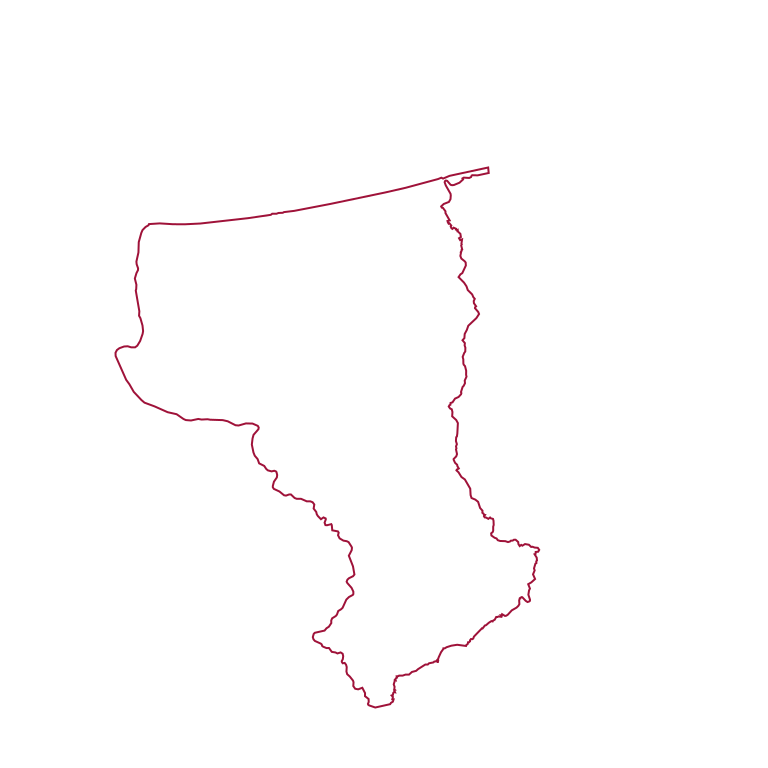 outline of Kulon Progo, Yogyakarta, Indonesia, rotated 145°
{"feature_id": "22746128B43033686501526", "entity_name": "Kulon Progo", "entity_type": "district", "adm_level": 2, "iso_a3": "IDN", "parent_name": "Indonesia", "parent_adm1": "Yogyakarta", "projection": "orthographic", "projection_center": [110.154, -7.813], "detail": "fine", "context": "isolated", "style": "outline", "palette": "rose", "viewbox_px": 768, "rotation_deg": 145, "n_neighbors": 0, "source": "geoboundaries", "source_scale": "gbopen_adm2", "svg_char_len": 6166}
<svg xmlns="http://www.w3.org/2000/svg" viewBox="0 0 768 768"><g transform="rotate(145 384 384)"><path d="M531.8,390.6L529.1,385.6L529.2,382.0L528.7,379.9L526.2,376.9L523.7,375.9L522.7,374.5L522.6,373.5L523.7,370.7L525.4,368.9L530.2,367.1L533.6,364.2L534.3,363.2L534.4,361.3L531.3,355.9L529.7,350.2L528.3,348.8L525.0,347.9L523.6,346.9L522.6,341.9L521.4,340.1L517.8,337.5L514.5,332.1L511.7,330.2L510.3,328.1L510.2,325.3L513.1,322.3L512.9,318.1L513.8,315.8L513.9,313.8L513.2,309.4L510.1,309.4L508.9,307.3L509.3,306.5L512.2,304.5L512.9,302.0L511.7,301.0L507.6,299.5L507.7,298.4L510.3,293.8L506.3,289.7L506.4,288.2L508.4,286.5L508.9,283.0L507.1,279.0L504.7,276.6L503.7,274.8L503.9,269.4L504.2,268.2L505.8,266.4L511.3,263.5L514.0,252.4L517.5,244.9L519.6,244.3L524.1,245.0L526.2,244.7L528.0,243.5L528.2,242.1L527.5,235.6L528.2,231.5L529.6,229.5L530.5,229.1L534.9,229.6L538.5,229.0L546.3,224.4L548.3,224.1L551.7,224.3L554.8,222.1L556.6,221.6L560.9,221.8L562.9,220.5L564.3,218.4L568.4,216.8L571.2,216.9L574.1,216.1L583.4,219.9L584.9,219.6L587.5,217.5L588.2,215.3L588.0,213.2L584.7,207.6L584.4,206.4L584.9,204.9L584.5,203.7L582.6,200.7L580.5,199.3L580.4,194.5L577.7,191.9L576.7,190.0L573.5,189.0L572.6,186.8L573.5,184.5L575.6,182.2L577.6,181.2L578.0,180.3L578.0,178.9L576.2,178.1L576.1,175.8L576.9,173.5L579.7,170.0L580.6,167.4L579.8,164.0L579.5,158.8L580.0,157.2L582.4,154.2L582.4,150.9L580.3,148.7L576.0,147.6L576.8,141.7L578.6,139.2L577.3,134.8L578.9,132.3L580.6,131.2L580.9,130.4L580.5,129.2L576.7,124.0L562.6,118.2L561.2,118.8L558.9,118.7L557.0,120.2L558.0,121.0L556.2,122.5L556.4,124.5L555.0,124.2L553.7,125.6L552.6,125.9L551.8,125.1L551.3,127.3L550.5,127.1L550.7,128.0L549.0,129.9L548.3,132.4L545.5,134.6L545.1,135.4L544.7,135.5L544.3,134.8L544.0,135.6L543.1,136.1L541.8,136.0L541.3,137.3L539.6,136.4L538.9,136.5L535.9,134.4L533.0,133.6L530.2,131.6L526.3,132.1L522.2,130.6L519.6,130.9L511.0,130.5L509.0,129.1L507.3,129.4L503.2,127.6L502.1,127.8L500.4,127.0L498.8,127.4L499.9,124.8L498.1,126.5L497.7,127.5L495.9,128.8L491.1,131.6L487.4,132.9L487.0,133.4L485.8,132.6L483.7,132.5L478.9,131.0L473.6,128.4L467.1,122.4L466.6,122.9L464.6,123.0L463.3,124.2L462.7,123.7L461.1,123.9L460.6,124.7L459.0,125.2L458.0,124.3L456.9,124.3L455.2,125.5L443.8,127.7L443.5,127.2L439.9,128.3L438.7,127.9L435.1,128.3L432.0,128.2L431.2,127.2L430.5,127.6L428.5,127.4L425.7,128.8L424.6,128.0L423.5,127.9L421.3,125.9L420.6,126.4L420.8,127.5L420.1,127.1L419.3,127.7L417.9,124.6L416.8,124.1L415.0,124.0L409.1,125.3L403.7,124.8L401.2,125.2L399.4,126.0L397.4,129.2L395.7,130.6L395.2,130.2L394.6,130.6L393.5,130.5L393.0,130.0L392.3,125.1L391.5,123.1L389.9,122.6L388.8,122.7L388.1,123.6L386.6,128.6L383.5,131.8L381.8,132.7L380.7,137.3L377.2,137.0L372.1,137.6L371.1,142.6L367.5,144.9L366.9,146.9L363.0,150.0L361.9,149.9L361.0,151.4L359.9,151.7L358.5,154.2L358.3,158.2L357.3,157.9L356.1,159.4L353.9,158.2L352.0,159.1L352.0,161.6L354.4,163.6L355.8,165.6L356.9,166.1L357.5,169.2L360.3,172.0L363.4,172.2L363.9,173.5L365.8,173.4L365.7,175.8L364.7,177.6L365.5,180.9L366.9,181.9L368.4,181.9L370.0,182.9L371.1,182.7L373.1,183.4L374.8,185.7L378.9,188.8L380.4,190.8L380.4,192.9L381.6,194.6L382.9,198.3L381.9,200.2L379.8,200.4L378.7,201.2L376.4,204.5L375.0,205.6L372.7,209.2L372.1,211.0L373.6,212.8L373.7,213.8L375.9,213.7L377.0,216.1L378.0,216.9L378.0,218.2L376.4,218.8L377.2,219.6L376.8,220.7L377.3,222.1L376.0,223.7L376.4,227.3L374.5,233.5L375.5,236.9L377.7,240.4L376.8,243.3L373.4,248.8L372.5,259.4L373.9,263.4L373.6,269.0L374.2,271.7L373.5,272.1L371.2,271.9L371.0,274.6L370.4,275.9L371.0,278.6L370.4,282.0L370.0,282.6L366.3,283.3L364.4,284.7L362.5,289.2L361.6,289.7L360.8,291.6L358.8,292.9L357.8,296.0L355.4,299.0L354.4,299.2L352.4,301.3L345.9,309.6L345.5,313.1L346.7,318.4L344.0,321.8L343.0,324.4L343.9,326.0L343.9,328.4L342.5,329.1L341.5,328.9L340.4,330.3L338.4,329.7L334.2,331.3L330.4,330.6L326.8,331.4L325.8,332.2L325.6,333.2L321.3,336.5L319.8,336.8L317.2,338.2L315.9,340.5L312.2,342.7L311.5,344.4L309.1,347.7L307.4,352.1L307.6,354.2L307.2,355.3L304.9,358.7L304.0,361.1L300.5,363.4L298.8,364.0L296.5,367.1L295.8,369.4L294.3,371.1L294.6,374.8L291.8,375.5L289.2,378.7L285.1,380.8L281.5,383.4L270.5,385.0L266.0,386.8L265.5,389.0L266.0,393.9L265.4,394.6L264.0,394.8L264.0,398.6L262.9,400.5L260.8,401.7L261.0,403.9L260.4,406.8L261.5,412.9L260.4,416.7L260.3,421.1L261.6,428.8L258.4,430.0L256.3,429.9L249.0,434.1L247.4,436.7L247.5,438.3L248.7,442.4L248.0,445.1L245.3,447.7L245.4,448.0L244.0,448.6L243.6,449.3L242.8,449.3L241.3,453.2L240.2,453.8L240.1,454.5L237.1,457.7L239.1,458.2L238.9,460.4L236.7,460.3L235.3,463.2L236.0,466.5L235.4,467.7L236.1,467.6L235.9,468.4L236.5,469.2L235.9,469.8L237.3,472.1L239.0,471.8L239.4,472.9L239.0,474.8L238.0,475.2L238.2,477.9L238.4,478.5L239.1,478.4L239.0,479.7L238.5,481.1L236.4,480.3L235.6,488.8L234.6,490.2L234.7,494.5L235.5,495.3L235.3,496.7L231.8,497.2L226.4,495.9L223.5,497.3L221.2,500.1L220.4,501.6L219.5,511.2L218.6,514.5L217.7,515.2L216.6,515.2L215.7,514.1L215.2,509.0L214.2,507.8L212.6,506.9L206.7,505.6L201.9,506.2L201.8,507.4L200.3,507.3L196.0,503.9L194.0,503.6L192.6,504.5L191.8,504.3L187.6,501.2L177.2,496.8L174.5,501.6L210.9,516.9L217.8,518.4L218.7,520.1L222.2,520.9L253.7,532.3L273.4,540.3L324.5,562.2L358.2,577.3L367.4,582.2L368.7,582.3L372.3,584.6L374.3,585.1L377.9,587.6L379.7,587.5L400.2,597.8L442.4,620.8L455.9,629.3L465.3,636.0L475.6,644.2L484.8,649.8L485.9,649.1L489.2,649.4L493.5,648.6L496.1,647.0L503.5,640.9L509.7,632.6L516.6,626.3L517.9,624.0L519.1,619.8L520.2,618.4L523.2,616.8L527.6,613.3L529.9,607.3L532.6,603.8L533.7,603.0L542.7,583.9L545.5,580.4L545.8,577.6L548.3,570.4L551.0,565.5L553.0,563.5L559.1,559.1L564.1,556.9L566.8,556.8L570.1,559.1L572.3,561.9L575.4,563.8L580.2,565.1L583.3,565.0L586.0,563.6L587.8,560.8L592.8,535.3L592.7,529.8L593.5,521.1L591.9,510.0L590.9,506.1L584.8,497.3L577.4,485.0L571.2,478.2L568.3,470.3L567.0,468.1L563.0,464.8L556.2,461.9L553.8,459.5L548.7,456.3L546.8,454.4L536.8,446.9L533.4,443.1L529.3,435.4L526.9,433.4L519.7,430.9L514.4,427.0L511.4,422.1L511.6,420.2L512.8,419.0L520.0,417.2L522.9,414.8L527.0,410.2L530.2,402.8L531.0,399.4L530.6,395.0L531.8,390.6Z" fill="none" stroke="#9f1239" stroke-width="2"/></g></svg>